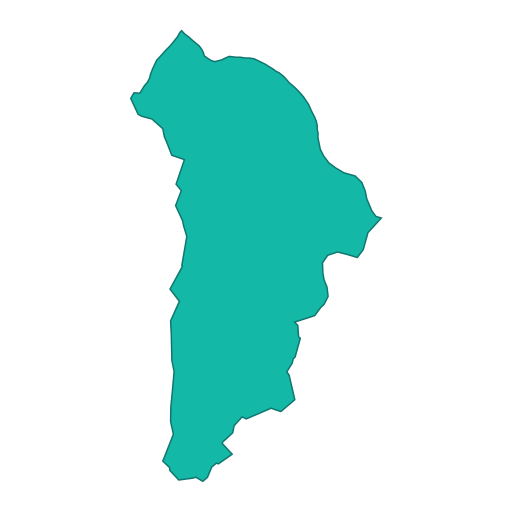 the district of Ibiono Ibom, Akwa Ibom, Nigeria
{"feature_id": "59680162B99910214526625", "entity_name": "Ibiono Ibom", "entity_type": "district", "adm_level": 2, "iso_a3": "NGA", "parent_name": "Nigeria", "parent_adm1": "Akwa Ibom", "projection": "orthographic", "projection_center": [7.885, 5.181], "detail": "fine", "context": "isolated", "style": "filled", "palette": "teal", "viewbox_px": 512, "rotation_deg": 0, "n_neighbors": 0, "source": "geoboundaries", "source_scale": "gbopen_adm2", "svg_char_len": 1916}
<svg xmlns="http://www.w3.org/2000/svg" viewBox="0 0 512 512"><path d="M169.8,470.4L178.8,480.0L192.3,478.2L196.0,477.3L202.8,481.3L207.4,477.4L211.8,467.0L216.3,463.2L218.5,463.8L232.2,454.2L222.3,443.6L222.5,442.2L232.7,432.8L234.1,425.7L242.1,416.9L246.2,418.9L270.0,408.7L270.6,408.1L280.7,411.5L281.0,411.4L294.8,399.7L289.1,375.1L286.8,371.8L292.2,363.2L293.2,358.9L295.1,357.0L300.3,338.3L298.6,336.8L297.8,325.5L294.6,322.1L314.7,315.6L320.8,307.4L324.1,304.3L328.1,296.4L327.0,287.1L324.1,279.9L322.9,273.3L322.5,262.8L327.7,255.3L337.6,252.0L347.7,254.6L354.3,256.6L357.3,257.5L363.2,249.7L367.0,236.2L367.9,232.7L381.3,218.0L375.9,216.4L371.9,211.0L366.8,198.9L365.2,191.0L361.9,182.6L355.2,176.0L343.6,172.7L335.3,167.7L328.7,162.7L323.7,156.0L320.3,149.3L318.6,141.0L317.9,137.3L318.1,133.0L317.8,132.1L317.2,129.7L317.2,125.5L316.3,121.3L314.6,117.1L311.2,110.4L308.6,104.5L303.6,97.0L299.3,92.0L298.5,91.2L296.2,88.9L294.3,87.0L289.3,82.8L287.9,81.2L286.2,79.2L284.2,77.0L279.2,72.8L275.9,71.2L272.5,68.7L268.3,66.2L265.8,64.5L259.1,61.2L254.1,58.8L249.1,58.0L245.0,58.0L240.0,57.2L235.8,57.2L229.2,56.4L225.0,58.2L221.7,59.9L218.4,60.7L215.1,61.6L211.7,60.8L207.6,58.3L204.2,55.8L203.3,52.4L201.6,49.1L199.1,45.8L194.9,42.4L192.0,39.9L188.6,36.9L188.2,36.6L184.9,34.1L182.4,31.6L181.7,30.7L179.9,32.4L177.5,36.8L170.3,45.7L166.3,49.7L159.6,57.1L156.7,60.2L152.9,68.2L150.5,74.2L149.7,77.9L147.7,81.9L144.3,85.9L139.8,93.2L134.0,92.8L130.7,98.4L138.1,114.3L141.8,116.3L151.9,119.0L162.8,128.7L164.3,136.5L167.5,144.2L171.8,155.3L184.4,159.6L176.1,184.2L181.3,190.6L175.6,205.6L182.6,220.8L183.6,225.8L186.8,236.4L186.8,236.5L181.8,265.6L182.4,266.4L170.0,289.1L179.4,301.3L170.6,320.9L171.3,334.6L171.9,360.5L173.0,365.9L174.1,371.6L172.1,394.1L170.8,407.5L170.6,421.5L173.4,434.3L169.4,444.4L165.0,455.6L162.8,461.1L169.5,467.5L169.8,470.4Z" fill="#14b8a6" stroke="#0f766e" stroke-width="1.5"/></svg>